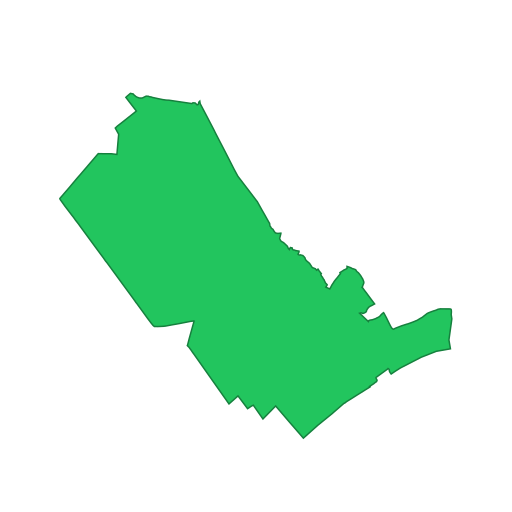 Cosmesti, Galati, Romania (orthographic projection), rotated 166°
{"feature_id": "2599482B28458527473660", "entity_name": "Cosmesti", "entity_type": "district", "adm_level": 2, "iso_a3": "ROU", "parent_name": "Romania", "parent_adm1": "Galati", "projection": "orthographic", "projection_center": [27.304, 45.847], "detail": "fine", "context": "isolated", "style": "filled", "palette": "green", "viewbox_px": 512, "rotation_deg": 166, "n_neighbors": 0, "source": "geoboundaries", "source_scale": "gbopen_adm2", "svg_char_len": 5394}
<svg xmlns="http://www.w3.org/2000/svg" viewBox="0 0 512 512"><g transform="rotate(166 256 256)"><path d="M344.3,185.7L343.5,184.3L343.0,183.5L342.6,182.4L341.5,179.7L340.8,177.7L340.0,175.8L318.0,119.0L307.3,124.6L301.1,109.9L298.8,110.7L296.9,111.4L294.7,111.9L288.7,96.2L274.7,104.8L273.2,105.7L263.6,86.5L254.1,67.8L237.2,76.7L219.5,85.0L219.0,85.3L206.0,91.9L205.5,91.8L203.3,92.8L181.6,99.9L177.8,101.1L177.0,101.4L177.4,102.0L172.6,103.6L172.3,103.8L171.0,104.4L170.8,104.5L170.5,104.6L169.5,104.9L169.3,105.2L168.8,105.7L168.7,105.9L168.6,106.2L168.7,106.9L169.0,107.7L169.1,108.3L169.1,108.7L168.9,109.1L168.4,109.4L167.9,109.5L166.7,110.0L165.5,110.5L159.1,113.1L155.6,114.5L155.1,114.9L154.7,114.5L154.2,113.5L154.3,113.0L154.4,112.0L154.3,111.3L154.1,110.5L153.4,108.8L148.2,110.7L142.7,112.5L120.2,117.8L104.1,119.9L89.8,118.9L89.1,127.9L84.4,139.6L82.5,144.3L81.2,147.6L81.1,148.6L80.9,150.5L80.8,151.8L80.0,154.2L79.7,155.5L79.6,156.5L79.6,157.0L79.8,157.3L80.5,157.7L89.8,160.1L90.8,160.2L92.2,160.3L92.9,160.2L94.1,159.9L94.8,159.9L95.5,159.8L96.5,159.8L99.6,159.5L102.6,159.1L103.9,158.8L105.0,158.3L108.2,156.9L109.2,156.4L109.8,156.2L111.4,155.8L113.7,155.1L114.9,154.7L115.2,154.6L116.8,154.4L118.6,154.1L122.0,153.7L125.0,153.4L126.4,153.4L129.1,153.2L130.8,153.1L131.9,153.0L134.2,152.7L138.2,152.2L139.5,151.9L140.5,151.7L141.0,152.3L141.7,153.2L142.0,154.0L142.5,155.8L143.5,160.3L144.4,164.6L145.3,168.1L145.7,169.7L146.0,170.2L147.7,169.4L149.2,168.5L150.3,167.7L150.8,167.4L152.4,166.9L153.7,166.7L154.6,166.4L155.3,166.3L157.1,166.1L158.5,166.0L160.7,166.2L161.4,166.2L162.0,166.1L162.3,166.0L162.5,165.6L162.8,165.2L164.5,167.8L166.4,170.8L167.8,173.0L169.3,175.4L168.8,175.4L168.1,175.5L167.7,175.4L167.2,175.2L166.9,174.9L166.5,174.5L166.1,174.4L165.3,174.4L164.0,174.7L163.5,174.8L163.1,174.9L162.2,175.7L161.8,176.5L161.5,176.9L160.9,177.5L159.9,178.3L159.4,178.8L158.5,179.2L157.2,179.7L155.9,179.9L154.4,180.3L152.5,180.8L153.9,184.1L156.0,189.1L157.8,193.5L158.8,195.7L160.2,199.2L160.7,199.8L160.3,200.2L159.0,202.2L158.1,203.4L157.8,204.1L157.7,204.6L157.7,205.5L157.9,207.0L158.1,208.3L158.5,209.3L159.0,211.1L159.5,212.4L160.1,213.7L160.7,215.0L161.2,215.6L161.7,216.2L162.0,216.8L162.2,217.2L162.4,217.9L162.6,218.6L164.6,220.0L165.0,220.1L165.7,220.6L166.3,221.1L166.5,221.4L167.0,221.8L168.5,222.8L170.2,223.9L170.7,221.9L171.7,221.6L173.1,221.3L174.0,221.2L175.5,220.6L178.6,219.6L178.7,219.4L178.3,218.4L180.3,217.0L182.3,215.4L184.0,214.2L186.3,212.4L187.6,211.1L189.4,209.5L190.6,208.1L192.4,206.2L195.8,208.9L194.1,210.5L193.9,210.9L194.2,211.5L194.6,212.2L195.0,212.8L195.2,213.4L195.3,214.2L195.6,215.6L195.7,216.5L196.2,217.5L196.4,218.4L196.7,219.5L197.2,220.4L197.4,221.3L197.6,222.7L196.9,223.1L197.1,223.6L197.6,224.7L198.0,225.6L198.5,226.6L198.7,227.6L199.0,228.3L200.6,227.5L201.5,229.3L204.2,231.2L205.8,235.9L208.1,239.1L208.6,240.1L208.9,240.9L208.9,241.9L208.9,242.3L209.3,243.1L209.4,243.4L209.7,243.9L210.4,245.1L212.7,246.4L213.3,246.3L213.7,246.4L214.8,247.4L214.4,248.1L213.7,248.9L213.6,249.1L213.2,249.8L213.1,250.1L213.1,250.4L214.0,250.7L215.1,251.2L215.7,251.5L216.2,251.6L216.7,252.1L217.1,252.4L217.7,252.6L218.2,252.8L218.6,253.1L218.9,253.6L219.0,253.9L219.0,254.3L218.9,254.6L218.9,254.8L218.9,255.0L219.0,255.1L219.2,255.3L219.5,255.3L219.9,255.4L220.3,255.8L220.5,255.9L220.9,255.6L221.2,255.4L222.1,254.2L222.4,254.8L222.7,255.4L222.9,255.8L223.0,256.6L223.1,257.3L223.2,257.9L223.5,258.4L225.8,262.0L226.3,262.6L227.4,263.6L227.9,264.1L228.3,264.8L228.4,265.3L228.7,266.2L228.8,266.9L228.8,267.5L228.1,268.6L226.6,271.4L226.3,272.1L226.9,272.3L228.1,272.4L229.4,272.7L230.0,272.9L231.6,273.7L232.4,275.4L233.1,277.8L234.0,278.8L234.5,279.7L234.7,280.7L235.2,281.8L234.9,284.4L235.3,285.5L237.7,294.3L239.1,299.2L241.6,308.5L242.3,310.0L245.9,318.4L254.3,337.8L256.3,345.6L259.2,358.2L261.6,368.4L263.9,378.0L265.7,385.6L266.4,388.9L269.8,403.0L273.3,417.3L273.1,419.8L273.7,419.4L273.8,419.4L274.2,419.2L275.4,417.0L276.6,416.9L278.0,419.2L278.3,419.3L280.1,419.9L280.5,419.8L281.3,419.4L292.0,423.8L302.7,428.2L305.7,429.1L306.1,429.3L308.6,430.3L313.0,432.4L314.6,433.2L318.1,434.9L319.1,435.6L321.0,436.4L321.7,437.0L323.9,437.7L328.2,436.8L330.9,437.5L332.6,438.6L333.8,439.6L334.5,440.6L335.4,441.8L335.9,442.9L336.7,443.3L338.5,444.2L343.5,441.7L343.9,441.3L343.8,441.2L341.8,436.5L337.0,425.6L349.7,419.8L354.8,417.5L356.2,416.9L358.9,415.7L359.3,415.5L360.7,414.7L361.0,414.5L361.6,414.2L360.2,408.8L359.8,407.6L360.1,406.5L361.9,401.3L366.4,388.2L371.6,390.2L380.3,392.4L380.9,392.6L383.6,393.3L384.3,393.5L385.0,393.0L385.9,392.4L386.3,392.1L393.2,387.2L404.3,379.3L404.7,379.0L410.3,375.1L417.5,369.9L419.5,368.4L432.4,359.3L432.4,358.4L431.2,355.3L430.2,352.8L429.4,350.7L425.8,342.4L425.0,340.5L423.9,338.1L422.7,335.1L422.6,334.7L421.3,331.8L420.4,329.8L419.8,328.2L410.3,305.0L406.3,295.3L404.5,291.0L403.2,287.5L403.1,287.3L403.0,287.1L402.8,286.7L402.3,285.7L401.2,283.0L385.2,243.8L384.0,240.7L383.9,240.4L383.8,240.1L383.6,239.6L383.2,238.9L382.7,237.6L381.2,233.9L376.0,221.0L374.7,218.0L374.2,216.8L373.9,216.1L373.7,215.7L372.6,213.4L371.7,212.2L369.8,211.7L368.4,211.3L362.9,210.2L360.7,209.9L357.3,209.7L354.0,209.5L347.0,209.0L335.3,208.4L331.9,208.0L331.9,207.7L340.9,191.8L343.0,187.9L343.7,186.6L344.0,186.1L344.3,185.7Z" fill="#22c55e" stroke="#15803d" stroke-width="1.5"/></g></svg>